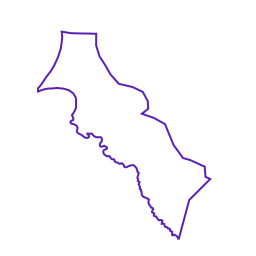 Chari, Chari-Baguirmi, Chad, rotated 316°
{"feature_id": "50815135B55510615891344", "entity_name": "Chari", "entity_type": "district", "adm_level": 2, "iso_a3": "TCD", "parent_name": "Chad", "parent_adm1": "Chari-Baguirmi", "projection": "orthographic", "projection_center": [15.102, 11.728], "detail": "fine", "context": "isolated", "style": "outline", "palette": "violet", "viewbox_px": 256, "rotation_deg": 316, "n_neighbors": 0, "source": "geoboundaries", "source_scale": "gbopen_adm2", "svg_char_len": 4140}
<svg xmlns="http://www.w3.org/2000/svg" viewBox="0 0 256 256"><g transform="rotate(316 128 128)"><path d="M170.6,38.1L170.1,37.7L164.8,32.2L159.6,27.1L152.7,20.0L147.2,12.6L143.9,16.9L139.4,20.6L134.6,24.3L127.1,28.3L118.6,31.7L111.4,33.6L103.5,34.7L102.7,34.9L98.5,35.9L96.9,36.2L95.5,36.5L93.9,36.7L93.0,36.8L92.1,36.9L90.8,36.9L88.6,39.2L90.2,40.0L91.1,40.2L95.9,42.7L98.7,44.8L101.3,47.2L103.0,48.5L104.9,50.0L107.3,53.0L108.7,54.5L110.2,57.0L111.7,60.0L112.7,64.9L111.6,69.6L110.3,71.6L109.5,72.3L107.6,74.4L105.5,76.5L104.6,77.3L102.3,78.4L98.5,79.5L97.6,79.6L96.5,79.8L96.4,80.0L96.4,80.5L95.8,82.2L95.7,82.5L95.5,82.8L95.4,82.9L95.2,83.3L94.9,83.5L94.4,84.0L93.6,84.1L92.2,83.4L91.0,83.5L90.5,84.0L90.2,84.8L90.4,85.4L90.5,85.8L92.2,88.9L92.5,90.6L92.4,91.7L91.9,92.8L91.5,93.1L91.1,93.4L90.1,93.9L89.7,94.1L89.4,94.4L89.1,94.8L88.9,95.0L88.5,96.0L88.5,97.0L88.8,98.4L89.4,99.7L89.7,100.4L89.8,101.1L89.9,101.7L90.2,104.2L90.7,105.5L90.8,105.7L91.3,106.2L91.8,106.7L92.0,107.0L93.0,107.4L93.4,107.4L93.9,107.2L94.4,106.8L94.4,106.4L94.5,106.1L94.7,105.4L94.5,104.2L94.9,103.8L95.4,104.4L96.5,105.6L96.7,105.8L97.2,106.0L97.6,106.3L97.8,106.5L98.1,107.3L98.0,107.7L97.9,109.1L98.0,110.8L98.4,111.6L98.8,112.6L100.1,113.9L100.3,114.2L101.7,115.3L102.0,115.9L102.1,116.1L102.0,116.6L101.9,117.1L101.7,117.4L101.4,118.1L100.8,118.8L100.6,118.8L100.1,119.1L99.6,119.4L99.4,119.5L98.9,119.5L97.6,119.6L96.9,119.9L96.6,120.0L95.7,120.9L95.6,121.1L95.4,121.5L95.3,121.9L95.3,122.1L95.5,122.6L95.8,122.9L96.4,123.4L96.9,123.6L98.1,124.0L98.4,124.4L98.6,124.5L99.4,127.0L99.2,127.7L98.5,128.2L98.3,128.2L98.1,128.1L97.6,128.1L97.4,128.0L97.1,127.9L95.9,127.2L95.3,127.2L94.9,127.2L94.5,127.4L94.0,127.6L93.3,128.4L92.7,129.9L92.6,130.1L92.6,130.3L92.6,131.1L92.8,131.6L92.9,132.1L93.0,132.2L93.0,132.7L93.0,132.8L93.0,133.0L93.1,133.6L93.3,134.0L93.7,134.1L94.0,134.2L94.9,135.2L95.2,135.7L94.8,136.1L94.7,136.3L94.8,137.3L94.7,138.1L94.7,138.4L94.8,139.2L94.8,139.4L95.0,139.6L95.9,140.5L96.0,140.6L96.2,140.8L95.6,142.3L95.4,142.8L95.2,143.2L95.5,144.2L95.5,144.3L95.8,144.7L96.5,145.8L96.6,146.1L96.9,147.6L97.2,148.0L97.3,148.1L97.4,148.3L98.7,148.7L98.8,148.9L99.2,149.3L99.2,150.7L99.2,151.9L98.9,152.4L98.7,152.8L98.4,153.3L98.9,154.5L99.2,154.8L99.4,154.9L99.5,155.0L103.7,156.6L105.3,157.7L106.3,158.9L106.3,159.5L106.3,160.4L106.3,161.3L106.3,162.7L106.1,163.0L105.9,163.4L105.8,163.5L105.3,164.6L105.2,164.8L104.4,166.3L104.5,166.6L104.6,167.6L104.4,167.8L104.0,168.2L103.9,168.2L101.4,169.6L100.4,170.1L100.1,170.3L100.0,170.7L99.8,171.3L99.6,172.0L99.2,172.3L98.7,172.6L98.2,172.9L98.2,173.0L98.4,173.8L98.5,174.4L98.7,174.9L97.5,175.4L97.1,175.6L96.6,175.9L96.4,176.5L96.1,177.4L96.0,177.7L95.9,178.0L95.7,178.7L95.4,178.8L94.2,179.9L94.4,180.4L94.6,181.1L94.6,181.3L93.6,182.2L93.4,183.4L93.3,183.5L92.4,184.5L91.4,185.8L91.3,187.7L91.3,187.9L91.2,188.2L91.7,189.1L91.8,189.2L92.7,191.5L92.8,191.6L92.8,191.8L92.9,192.1L93.4,193.5L93.2,193.8L93.2,194.1L91.4,195.3L90.9,196.0L90.5,196.4L90.4,196.7L90.0,198.0L89.9,199.8L89.8,200.1L89.3,201.1L90.1,202.7L90.2,203.2L90.2,203.3L89.6,203.9L89.6,204.0L87.9,204.4L87.1,204.9L86.9,205.1L86.7,205.5L87.4,207.1L87.5,207.2L87.4,207.6L87.3,208.1L86.2,208.4L86.0,208.6L85.7,208.9L85.7,209.7L86.6,210.8L86.7,211.2L86.7,211.3L86.4,212.7L86.1,215.2L86.2,215.6L86.4,216.1L86.6,216.2L86.9,216.3L88.1,217.5L88.3,218.0L88.2,218.5L88.2,218.8L86.3,219.7L85.9,220.2L85.7,220.4L86.0,220.6L86.9,221.2L87.3,221.9L87.3,222.1L87.3,222.5L86.7,223.3L86.5,223.6L86.0,224.4L86.1,225.0L86.3,225.2L87.0,225.9L87.2,226.8L86.8,227.8L87.2,228.2L87.3,228.3L88.0,229.2L88.0,229.3L87.8,229.9L87.0,230.7L87.2,230.9L87.3,231.1L87.0,231.9L87.6,232.9L87.5,233.5L85.6,235.3L85.4,235.9L85.6,236.3L86.6,236.6L87.2,236.7L87.6,238.3L87.9,239.7L87.9,240.1L87.8,241.1L87.6,241.5L87.4,241.9L87.0,243.3L86.9,243.4L95.4,238.3L122.1,222.3L151.7,221.8L149.8,217.0L156.3,209.1L154.4,204.3L150.4,194.1L146.7,187.8L149.0,171.8L157.3,150.9L153.6,138.7L147.9,127.4L155.9,128.2L160.9,122.3L163.7,112.3L159.8,101.8L152.1,89.8L152.6,77.5L155.3,66.9L157.2,56.9L162.4,46.5L170.6,38.1Z" fill="none" stroke="#5b21b6" stroke-width="2"/></g></svg>